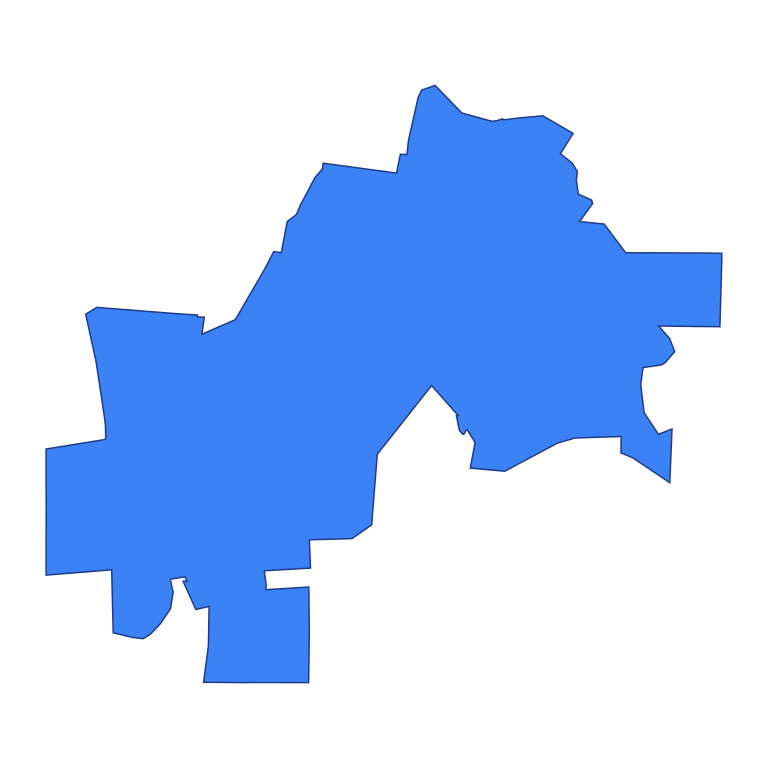 Nacozari de García, Sonora, Mexico
{"feature_id": "50627088B6815540096020", "entity_name": "Nacozari de García", "entity_type": "district", "adm_level": 2, "iso_a3": "MEX", "parent_name": "Mexico", "parent_adm1": "Sonora", "projection": "orthographic", "projection_center": [-109.467, 30.48], "detail": "fine", "context": "isolated", "style": "filled", "palette": "blue", "viewbox_px": 768, "rotation_deg": 0, "n_neighbors": 0, "source": "geoboundaries", "source_scale": "gbopen_adm2", "svg_char_len": 1956}
<svg xmlns="http://www.w3.org/2000/svg" viewBox="0 0 768 768"><path d="M514.7,118.4L508.7,119.3L503.7,119.8L502.5,118.8L497.6,120.5L491.9,121.3L461.8,113.0L435.1,85.4L421.6,90.1L418.1,97.6L408.5,140.4L407.0,154.5L400.4,154.3L396.5,173.1L323.1,163.2L322.5,168.8L315.0,177.5L302.8,200.6L301.0,203.7L296.5,214.4L287.2,221.6L281.3,252.7L273.7,251.6L264.7,269.0L237.1,316.7L235.2,319.7L201.9,334.2L204.3,317.2L197.5,316.9L197.5,315.0L194.9,314.8L192.3,314.7L175.4,313.6L137.7,310.6L96.8,307.4L85.7,314.2L95.9,360.8L96.5,364.7L97.5,371.1L101.6,398.1L103.9,413.5L104.7,418.8L105.5,426.5L105.7,438.7L104.4,439.6L46.1,449.0L46.1,477.5L46.2,505.2L46.1,575.1L111.7,569.8L113.2,632.8L132.7,637.5L139.0,638.2L139.3,638.2L139.8,638.3L141.5,638.5L143.2,638.6L144.4,637.9L150.4,634.2L160.5,623.6L170.5,608.7L173.2,591.7L172.0,587.8L170.3,579.2L185.0,576.8L187.1,581.2L183.1,581.2L195.8,609.5L209.1,606.4L208.4,645.8L203.6,682.3L209.5,682.3L241.7,682.6L250.5,682.5L308.6,682.6L309.3,633.1L309.3,629.3L308.8,587.0L270.7,589.4L266.0,589.7L266.1,584.3L264.3,570.8L308.4,568.2L310.5,568.0L309.4,539.8L352.0,538.6L371.7,524.8L373.5,501.4L377.3,454.2L431.6,385.5L458.2,415.6L456.4,415.6L457.8,422.4L458.3,425.1L458.8,427.4L459.5,430.6L459.8,430.9L460.3,431.4L460.8,432.1L461.5,432.8L462.1,433.6L462.7,434.2L463.2,434.3L463.8,434.1L464.3,433.6L464.7,433.3L464.8,432.8L465.0,432.0L465.3,431.5L465.7,430.9L466.2,430.1L467.0,429.4L475.1,442.5L470.3,468.1L504.8,471.2L509.1,468.9L557.2,443.2L575.0,438.0L621.2,436.5L620.9,452.8L633.4,458.1L635.3,459.5L669.8,482.7L672.0,429.0L658.4,434.3L644.1,412.7L640.7,384.5L643.0,367.6L661.5,364.9L665.7,362.2L666.7,360.8L674.7,351.6L669.6,338.5L658.7,326.0L680.3,326.3L719.9,326.7L721.3,278.2L721.9,253.3L702.8,253.0L638.2,252.8L625.6,252.7L604.1,224.0L579.5,221.6L592.6,203.5L591.6,200.1L578.2,194.0L576.4,180.3L577.3,171.5L572.2,163.1L560.4,153.8L573.1,133.4L542.8,115.8L514.7,118.4Z" fill="#3b82f6" stroke="#1e3a8a" stroke-width="1.5"/></svg>